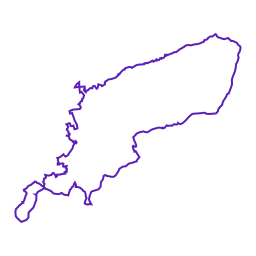 the district of Sieut, Bistrita-Nasaud, Romania
{"feature_id": "2599482B95088717010880", "entity_name": "Sieut", "entity_type": "district", "adm_level": 2, "iso_a3": "ROU", "parent_name": "Romania", "parent_adm1": "Bistrita-Nasaud", "projection": "mercator", "projection_center": [24.659, 46.986], "detail": "fine", "context": "isolated", "style": "outline", "palette": "violet", "viewbox_px": 256, "rotation_deg": 0, "n_neighbors": 0, "source": "geoboundaries", "source_scale": "gbopen_adm2", "svg_char_len": 5692}
<svg xmlns="http://www.w3.org/2000/svg" viewBox="0 0 256 256"><path d="M206.1,113.7L209.0,114.0L210.6,113.7L211.6,114.0L212.8,113.6L215.9,113.5L216.5,113.0L217.9,111.3L218.4,109.3L218.8,108.4L220.0,107.3L220.2,106.6L221.6,105.6L222.3,104.6L222.4,104.1L222.4,103.4L223.2,101.3L225.9,97.0L226.5,95.9L226.9,94.6L227.5,93.8L228.7,93.6L231.6,85.8L232.1,83.5L231.9,81.4L231.9,79.6L232.4,77.8L234.7,71.9L235.7,68.2L236.0,64.3L237.0,62.4L238.0,60.1L238.1,59.1L238.6,58.1L238.5,57.0L238.1,55.8L238.2,54.1L239.8,51.3L240.6,47.7L240.0,46.2L238.0,44.8L237.0,42.9L233.0,41.0L232.5,40.9L231.1,41.0L230.1,39.8L229.0,39.1L229.0,38.9L228.0,38.0L224.5,39.1L222.8,38.9L219.4,37.5L218.3,37.5L216.8,36.2L216.7,35.3L215.6,34.1L212.2,36.5L210.2,36.5L208.0,38.0L207.8,38.6L207.3,39.3L206.5,39.4L205.5,40.1L204.5,40.0L204.1,40.4L203.9,41.6L203.5,42.0L202.4,42.2L200.0,43.4L196.3,44.3L195.3,44.2L191.0,45.3L188.1,45.0L186.7,45.2L184.6,46.2L183.8,47.3L182.5,47.5L181.9,48.2L179.7,49.3L176.4,52.0L174.1,52.3L173.0,52.8L172.5,53.3L171.2,53.6L166.3,55.6L166.3,54.6L165.0,54.8L164.5,57.0L164.0,57.6L161.8,58.6L161.5,58.1L160.9,58.6L160.3,58.2L159.1,60.0L156.5,59.4L156.5,60.7L155.3,60.4L153.4,61.7L152.7,60.6L151.0,61.4L151.0,61.6L148.6,62.7L147.1,62.9L147.1,63.2L145.8,63.1L144.3,63.4L144.3,64.2L138.3,64.7L136.0,65.3L135.2,66.0L133.8,66.6L131.9,67.9L131.3,67.2L129.1,67.0L125.2,68.2L124.7,69.6L123.3,69.7L119.7,73.5L119.8,73.8L118.8,74.8L118.3,74.4L117.7,75.7L116.8,76.4L116.5,77.1L114.4,78.1L111.2,79.1L108.2,79.5L106.2,81.3L105.5,81.3L104.8,82.6L105.0,84.2L102.0,86.2L101.2,85.2L98.4,84.3L97.6,88.0L96.9,88.7L96.6,88.7L96.4,88.2L95.9,87.8L94.7,86.0L93.3,86.1L92.2,87.5L92.3,88.2L90.0,88.2L87.5,90.6L86.3,90.6L85.8,92.2L84.2,90.6L83.9,89.7L83.9,89.3L84.8,89.1L84.7,86.6L80.1,86.8L79.2,86.5L79.2,82.2L76.9,84.0L75.1,86.7L74.8,87.4L79.5,86.9L79.6,91.0L80.0,92.6L81.4,91.8L84.1,95.3L83.8,96.0L83.7,97.0L82.7,99.0L82.1,99.1L82.3,99.8L82.0,100.4L82.0,101.0L81.5,100.9L80.6,101.5L80.2,102.9L79.6,103.1L79.7,103.7L79.6,103.8L79.3,103.6L78.5,104.2L79.5,104.9L80.1,105.8L80.8,107.6L79.9,109.0L73.1,109.6L71.6,110.4L71.4,110.2L69.5,111.1L70.1,113.6L72.1,113.0L75.0,121.3L76.9,124.7L77.4,128.3L75.9,129.0L74.5,129.2L73.4,125.6L71.6,126.2L70.6,125.9L70.1,123.5L69.3,123.2L66.4,124.3L68.0,126.1L68.1,126.5L67.9,127.9L67.0,128.7L66.8,129.7L68.3,131.4L68.6,132.2L68.4,132.8L68.5,133.1L69.6,133.9L69.3,134.2L69.5,134.8L68.0,135.7L67.0,135.4L66.8,135.7L67.8,136.0L68.9,136.6L69.1,137.9L69.5,138.2L69.8,139.3L70.2,139.7L71.7,140.3L73.1,141.3L72.8,141.7L73.5,142.2L74.0,143.0L74.6,143.1L75.1,142.8L75.5,141.8L75.5,141.2L76.3,141.6L76.5,142.8L76.2,143.2L75.5,143.1L74.4,143.8L73.3,145.5L72.3,148.9L71.6,149.6L70.7,151.1L69.6,152.4L68.1,154.9L67.6,155.5L65.5,156.6L63.9,155.1L63.5,154.3L60.9,156.5L58.7,157.7L57.3,157.9L57.4,158.4L57.8,158.6L58.1,159.4L58.0,160.5L57.9,160.7L58.7,162.8L58.2,163.1L58.0,163.4L57.7,163.4L57.7,164.6L59.1,164.5L60.3,163.7L62.5,163.4L63.4,163.7L63.4,163.9L63.0,166.4L63.8,166.7L66.7,166.0L66.3,167.2L65.6,167.6L65.9,168.2L66.8,168.7L66.7,169.3L66.9,169.6L66.8,170.3L65.8,171.2L66.7,171.8L66.7,172.0L66.2,172.3L65.4,172.1L64.9,172.6L64.5,172.6L64.6,173.3L64.9,173.7L61.4,174.1L59.9,174.7L58.6,174.5L57.8,174.8L56.7,174.7L56.5,175.6L56.8,176.4L55.9,177.0L55.2,175.2L54.0,173.4L53.2,172.9L52.5,173.2L51.8,174.6L51.3,175.1L50.2,175.0L48.8,175.7L45.2,174.9L46.0,177.1L45.9,177.5L45.0,178.4L44.3,178.4L44.0,178.8L44.1,179.3L43.5,181.6L43.2,181.8L43.2,182.2L43.5,182.8L44.5,183.8L44.0,185.3L44.0,186.5L41.8,185.9L40.9,184.7L39.5,184.0L39.1,183.5L37.3,183.1L36.3,182.0L34.9,181.5L34.0,182.6L33.2,182.9L30.9,185.0L28.5,185.8L26.4,188.4L23.8,189.7L24.3,191.1L25.4,191.5L26.4,192.6L26.6,193.2L26.6,193.9L25.7,195.6L25.5,196.5L25.0,197.4L24.6,199.2L24.3,199.6L24.2,200.5L23.1,202.0L23.2,202.4L22.8,202.3L23.0,202.6L22.7,203.2L21.1,203.9L20.4,204.9L19.5,205.2L18.2,206.8L15.9,209.1L15.4,212.0L15.7,215.9L16.8,217.7L21.3,221.9L26.5,219.9L28.5,217.4L28.5,213.2L28.9,212.1L33.4,207.6L36.3,199.8L36.4,195.1L35.5,194.5L36.0,194.5L36.4,194.1L37.8,192.0L38.9,191.2L39.6,191.0L42.1,189.6L44.5,187.6L45.8,188.7L45.7,188.9L47.7,189.5L50.8,191.0L51.8,191.7L52.8,193.0L53.3,193.4L56.0,193.9L56.9,193.9L58.1,194.2L60.4,193.6L61.3,193.0L62.4,193.3L62.8,193.9L63.6,194.4L65.5,195.0L67.2,195.0L68.2,195.4L70.0,189.8L71.0,188.9L72.1,187.0L73.3,186.3L74.0,184.0L74.9,182.5L75.4,183.5L75.3,183.9L75.8,184.4L75.9,184.9L76.0,185.7L75.8,187.0L77.6,186.9L80.0,187.7L82.6,189.8L82.9,190.5L83.4,191.0L85.0,191.9L85.7,194.7L85.8,196.7L86.6,198.0L85.3,200.8L84.7,203.4L85.3,203.9L87.7,204.6L89.6,204.0L91.3,204.3L89.2,200.3L88.9,199.3L89.1,198.4L89.5,197.5L89.5,196.4L90.9,192.6L91.6,191.5L98.5,189.3L100.4,187.0L100.6,186.3L100.9,182.5L101.3,181.5L102.3,180.4L103.0,179.0L103.6,176.0L105.3,175.0L105.9,175.2L106.6,175.9L110.0,176.4L111.1,176.8L113.2,176.8L114.2,176.5L115.9,175.1L118.5,171.0L119.4,168.8L122.6,166.7L126.0,166.2L127.1,165.0L128.9,163.6L132.9,162.6L135.5,161.6L136.5,161.5L137.0,160.3L137.6,159.2L139.4,157.2L137.0,153.4L136.2,151.9L135.6,151.2L135.2,151.5L134.8,151.2L134.4,151.5L134.1,150.3L133.4,149.3L132.9,147.2L132.8,146.3L133.3,145.8L134.8,146.8L135.9,146.7L136.1,146.5L136.1,144.8L135.0,142.0L134.3,140.8L134.0,139.9L134.0,139.5L133.2,137.3L135.9,134.6L136.5,133.6L139.4,132.3L143.3,131.4L145.9,132.2L147.5,132.2L152.1,129.4L157.3,127.9L159.2,127.6L161.2,127.9L162.4,128.3L162.6,127.7L164.1,128.1L164.9,127.6L165.0,127.3L166.8,125.4L167.3,125.8L168.3,125.8L172.5,125.5L173.2,124.7L174.6,124.2L175.4,124.5L177.0,124.4L178.3,123.7L178.2,123.1L179.6,123.9L180.8,124.1L183.3,122.7L186.5,119.6L188.1,117.6L191.8,114.2L192.8,113.8L201.1,113.2L203.2,112.8L205.3,112.9L206.1,113.7Z" fill="none" stroke="#5b21b6" stroke-width="2"/></svg>